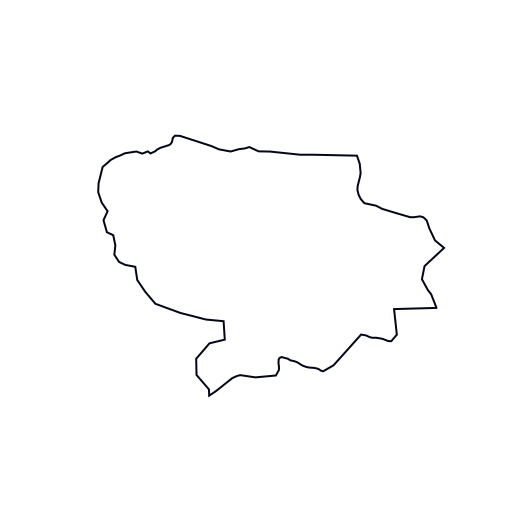 SVG path tracing the border of Ha, rotated 306°
{"feature_id": "BTN-2435", "entity_name": "Ha", "entity_type": "District", "adm_level": 1, "iso_a3": "BTN", "parent_name": "Bhutan", "parent_adm1": "", "projection": "orthographic", "projection_center": [89.122, 27.35], "detail": "fine", "context": "isolated", "style": "outline", "palette": "ink", "viewbox_px": 512, "rotation_deg": 306, "n_neighbors": 0, "source": "natural_earth", "source_scale": "10m", "svg_char_len": 1655}
<svg xmlns="http://www.w3.org/2000/svg" viewBox="0 0 512 512"><g transform="rotate(306 256 256)"><path d="M115.5,300.2L120.4,296.4L124.8,277.8L137.7,268.0L158.0,269.7L170.0,279.9L184.2,268.1L175.2,252.9L165.5,228.4L158.2,202.7L161.9,187.5L166.8,174.0L176.3,164.7L174.7,161.3L172.0,155.6L170.7,148.7L173.8,140.6L181.9,136.0L188.9,128.3L187.6,121.4L195.3,111.6L205.0,109.6L208.5,99.8L214.9,90.8L222.3,85.9L237.9,79.6L244.0,81.1L246.0,81.5L248.1,81.9L253.7,84.5L256.7,86.6L262.1,89.6L270.2,97.8L272.0,103.8L277.0,107.0L277.0,110.4L281.5,112.9L284.1,113.5L287.2,115.0L294.3,120.2L295.9,121.0L298.0,121.1L300.1,120.5L302.6,119.3L305.7,119.7L308.5,123.9L318.8,155.5L320.5,163.3L325.6,174.0L332.5,179.5L336.6,183.9L340.2,186.5L342.2,196.6L348.7,205.9L363.9,232.2L372.7,244.4L396.5,278.7L391.6,285.7L384.6,291.9L381.0,293.7L372.6,297.0L369.2,299.1L366.0,302.8L363.7,307.1L362.4,312.6L367.3,323.6L368.3,330.4L373.3,344.8L378.0,357.9L380.5,361.3L384.5,365.4L385.7,368.7L385.1,373.2L380.1,380.2L373.8,391.7L373.1,403.4L346.9,398.3L334.7,403.9L329.4,415.2L328.0,420.2L320.6,431.8L320.0,432.4L294.2,398.9L275.1,416.2L266.6,415.5L264.9,413.0L263.5,407.6L262.5,405.2L261.4,403.1L260.3,400.9L258.8,399.1L257.8,397.3L257.1,395.3L256.4,391.6L254.2,387.2L213.2,383.0L202.2,378.1L201.4,375.9L201.4,373.6L200.7,371.1L199.5,368.6L196.8,364.2L195.6,361.3L194.8,358.4L194.5,356.2L194.4,354.7L194.4,353.4L194.3,352.1L193.9,350.4L193.0,347.8L191.8,345.2L191.6,342.1L189.2,336.0L187.4,335.0L185.5,335.2L182.1,337.5L180.7,339.0L177.4,341.5L171.0,342.3L157.5,326.9L150.3,313.2L147.5,311.0L143.3,308.6L123.1,303.0L115.5,300.2Z" fill="none" stroke="#020617" stroke-width="2"/></g></svg>